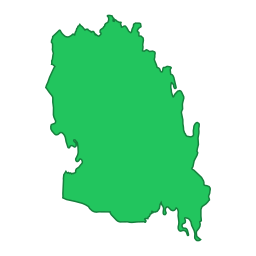 outline of Khueang Nai, Ubon Ratchathani, Thailand
{"feature_id": "78962969B53843894675562", "entity_name": "Khueang Nai", "entity_type": "district", "adm_level": 2, "iso_a3": "THA", "parent_name": "Thailand", "parent_adm1": "Ubon Ratchathani", "projection": "equal_earth", "projection_center": [104.546, 15.396], "detail": "fine", "context": "isolated", "style": "filled", "palette": "green", "viewbox_px": 256, "rotation_deg": 0, "n_neighbors": 0, "source": "geoboundaries", "source_scale": "gbopen_adm2", "svg_char_len": 5740}
<svg xmlns="http://www.w3.org/2000/svg" viewBox="0 0 256 256"><path d="M113.9,18.5L112.8,17.6L112.2,16.1L112.0,15.9L109.7,15.4L108.3,15.4L107.5,15.6L107.4,15.9L107.5,16.3L108.4,17.2L108.6,17.8L108.7,19.8L108.1,21.9L107.7,22.4L105.5,23.7L104.8,24.9L104.6,26.1L103.6,27.0L103.2,27.8L100.5,29.8L100.1,30.7L100.1,32.3L100.9,33.0L101.0,33.9L100.6,34.6L99.0,36.1L98.5,36.2L96.8,35.2L96.0,34.5L95.9,34.7L95.5,34.3L95.2,34.6L95.0,34.3L95.1,34.0L93.6,31.6L93.3,31.8L92.1,31.4L91.3,32.2L89.8,30.8L89.4,30.8L88.4,30.1L87.7,29.2L87.0,29.5L86.2,29.2L85.0,30.0L82.3,26.8L80.5,25.4L79.8,24.4L78.9,25.8L77.9,26.4L77.9,26.9L77.4,27.9L76.8,28.5L76.0,31.3L75.5,31.9L74.9,33.7L74.7,34.9L74.2,34.9L73.2,34.1L72.9,34.1L71.2,35.6L69.0,36.8L67.5,37.0L66.1,36.7L65.2,36.4L63.6,35.1L62.1,33.6L61.0,32.0L60.2,30.4L59.4,30.2L52.7,36.6L52.7,37.3L52.2,39.1L51.6,40.3L51.4,42.2L52.5,43.6L52.6,47.2L52.4,49.6L53.4,53.5L53.0,54.8L52.4,59.3L51.7,60.9L51.8,63.3L51.6,64.3L52.4,64.4L53.4,65.0L54.9,66.5L53.8,68.2L49.6,77.3L47.8,82.5L46.5,85.3L45.8,87.6L46.7,88.6L49.4,92.5L51.9,95.6L52.6,96.9L52.8,97.7L52.8,102.1L53.5,107.6L53.4,114.9L54.0,117.3L55.6,120.9L55.6,121.8L55.3,122.7L54.7,123.4L51.9,124.4L51.2,124.9L50.8,126.7L50.9,128.9L51.9,130.9L54.6,134.0L55.6,134.7L56.5,134.8L57.9,134.5L60.0,132.8L60.8,132.5L62.1,132.7L63.1,133.6L64.3,135.1L65.1,136.8L65.5,138.3L66.1,141.6L67.9,147.2L68.4,147.8L69.2,147.8L69.6,147.4L70.3,146.0L71.0,145.6L72.4,145.7L74.4,147.0L75.1,146.9L75.8,146.4L76.2,145.5L76.0,143.4L75.6,142.7L74.2,141.6L73.7,140.7L73.8,140.1L74.1,139.8L75.0,139.9L77.2,142.5L77.4,143.0L78.0,147.0L78.2,151.5L78.1,153.2L77.6,155.1L75.7,158.9L75.7,159.6L75.8,160.2L76.4,161.2L76.9,161.5L77.6,161.5L78.6,160.9L79.8,159.1L80.6,159.0L81.7,159.8L82.1,160.8L82.3,161.7L82.3,162.7L81.8,163.6L80.4,165.2L79.3,166.7L78.7,167.3L76.4,168.9L75.7,170.3L75.6,172.2L74.6,173.1L73.9,173.1L73.3,173.6L72.2,173.4L71.7,173.9L70.6,173.0L69.7,173.5L69.0,172.8L68.4,172.5L68.0,173.0L67.5,173.1L66.3,172.1L65.9,171.4L63.8,174.8L63.4,178.6L63.5,180.1L62.9,193.5L63.0,196.8L62.8,197.8L66.5,199.5L75.2,201.4L82.3,203.3L85.5,204.7L88.5,206.5L89.7,208.5L92.1,210.7L93.2,211.3L94.4,211.8L96.3,212.1L98.9,211.8L110.1,211.9L110.2,212.8L111.2,214.6L116.4,220.1L117.7,221.1L119.1,221.7L120.2,221.9L127.5,221.8L130.0,222.3L132.0,222.4L137.3,221.9L144.6,221.7L144.8,221.8L144.9,222.2L145.4,222.2L146.0,221.0L144.7,219.2L144.7,218.9L145.5,218.5L147.9,218.6L148.1,217.3L149.3,216.4L150.1,214.7L150.3,213.9L151.3,213.7L151.7,213.2L151.8,211.8L152.0,211.3L152.4,211.5L152.7,212.5L152.9,212.7L153.6,211.9L155.1,212.1L155.7,211.7L156.7,211.6L157.4,211.1L159.3,208.5L160.1,204.3L161.1,202.5L161.6,204.4L163.0,206.4L163.3,207.2L163.6,208.7L163.2,211.8L163.2,213.2L163.6,214.2L164.2,214.6L165.1,214.6L166.0,213.5L166.1,212.8L165.4,210.9L165.3,209.5L165.7,208.0L166.9,206.9L167.5,206.9L168.3,207.2L171.0,210.0L172.6,210.6L173.8,210.5L174.6,210.1L175.3,209.4L176.1,208.0L176.5,208.1L177.3,208.8L178.0,210.3L178.3,211.9L178.1,215.9L178.9,222.1L178.7,224.5L178.2,226.6L178.2,228.3L178.5,229.4L179.3,230.6L180.3,231.1L181.6,230.9L183.1,230.3L185.0,230.8L185.6,231.3L186.5,232.4L187.4,235.1L187.9,235.5L188.4,235.3L188.5,234.8L188.4,234.0L187.5,230.6L187.0,229.5L186.3,228.7L185.7,228.3L183.4,228.1L182.9,227.8L182.3,227.0L182.0,225.8L182.2,224.6L182.7,223.9L184.8,222.9L185.3,222.2L185.4,220.6L184.7,218.7L184.8,218.0L185.7,217.8L188.3,218.5L189.5,219.5L190.9,221.8L191.7,225.4L194.2,230.7L194.9,233.8L194.7,237.1L194.9,238.4L196.0,239.9L197.0,240.6L198.9,240.6L200.0,240.1L200.6,239.6L196.8,236.4L196.4,233.8L196.4,232.0L196.7,231.1L198.9,228.3L199.9,226.3L200.2,224.1L199.7,222.0L199.9,221.6L201.0,221.1L201.3,220.6L200.9,216.0L200.9,209.6L201.7,207.3L202.2,206.5L206.0,203.8L207.7,202.0L208.8,200.5L209.4,200.0L209.4,199.3L208.7,197.3L208.6,196.0L209.7,193.1L209.8,191.8L210.2,189.5L210.1,188.1L209.1,186.6L206.8,185.7L204.9,185.4L204.3,185.1L203.9,184.4L203.9,182.5L203.5,180.9L201.5,177.4L193.9,170.2L192.3,169.3L191.9,168.7L192.0,168.1L192.9,166.7L194.1,161.0L194.9,159.3L197.0,155.3L197.7,152.9L197.6,152.3L196.9,151.4L197.3,148.8L198.4,144.5L198.0,138.0L198.8,133.5L198.9,131.9L198.7,128.6L199.1,126.3L199.2,124.1L198.7,123.4L197.7,122.7L197.3,122.5L196.7,122.6L195.5,123.4L194.2,125.5L193.9,126.6L193.7,128.4L193.3,130.8L193.5,134.9L192.6,136.3L190.5,136.9L186.9,136.2L186.0,135.4L185.4,134.0L184.6,133.0L183.6,130.1L183.4,127.0L182.9,123.9L182.8,119.7L181.4,112.7L181.6,111.2L182.6,109.0L182.4,104.5L182.6,102.9L183.8,98.2L183.7,96.7L181.6,92.2L180.9,91.2L179.8,90.6L177.6,91.2L174.7,94.4L173.6,96.7L173.2,96.9L172.8,96.6L171.4,92.1L171.3,90.2L170.8,87.6L170.8,85.6L171.3,82.8L171.5,82.6L171.9,82.8L173.5,84.8L173.7,86.5L174.4,88.1L174.9,88.5L175.6,88.4L176.1,87.8L176.1,87.3L173.8,77.5L173.1,75.9L172.4,75.0L171.7,74.5L170.8,74.4L170.7,74.2L170.2,69.8L170.5,68.9L171.2,67.9L171.1,67.5L170.2,66.9L167.5,66.4L166.5,66.6L165.3,67.4L163.6,67.5L163.0,68.2L162.8,69.9L162.3,71.6L161.8,72.0L161.0,71.8L160.4,71.1L159.8,69.2L159.3,68.6L158.6,68.0L157.1,67.4L156.3,64.6L154.7,60.8L154.3,59.3L154.8,57.0L154.8,55.2L155.1,53.4L155.0,52.6L154.7,52.0L152.7,51.1L149.5,51.5L147.5,50.2L146.3,49.8L144.3,51.2L142.5,50.8L142.5,50.2L142.8,48.9L143.0,46.9L142.7,44.9L143.4,40.3L143.1,38.0L141.0,36.1L139.6,36.1L138.9,35.8L138.9,32.6L138.6,32.2L137.9,31.9L137.3,30.8L137.8,29.5L139.1,27.9L140.9,26.8L141.0,26.4L140.5,23.7L139.6,23.2L135.5,23.1L133.8,24.1L133.6,24.5L133.3,26.7L132.1,29.1L131.5,31.9L130.9,32.6L130.6,32.7L128.7,31.3L126.9,28.0L125.5,26.2L124.9,26.0L124.1,26.1L122.2,27.1L121.5,27.1L121.0,25.1L120.5,24.0L121.1,22.6L120.9,22.3L118.7,22.2L117.8,21.5L116.8,21.1L115.9,20.1L115.0,19.7L114.7,19.9L114.2,21.3L113.3,21.2L113.1,20.8L113.0,20.1L113.9,18.5Z" fill="#22c55e" stroke="#15803d" stroke-width="1.5"/></svg>